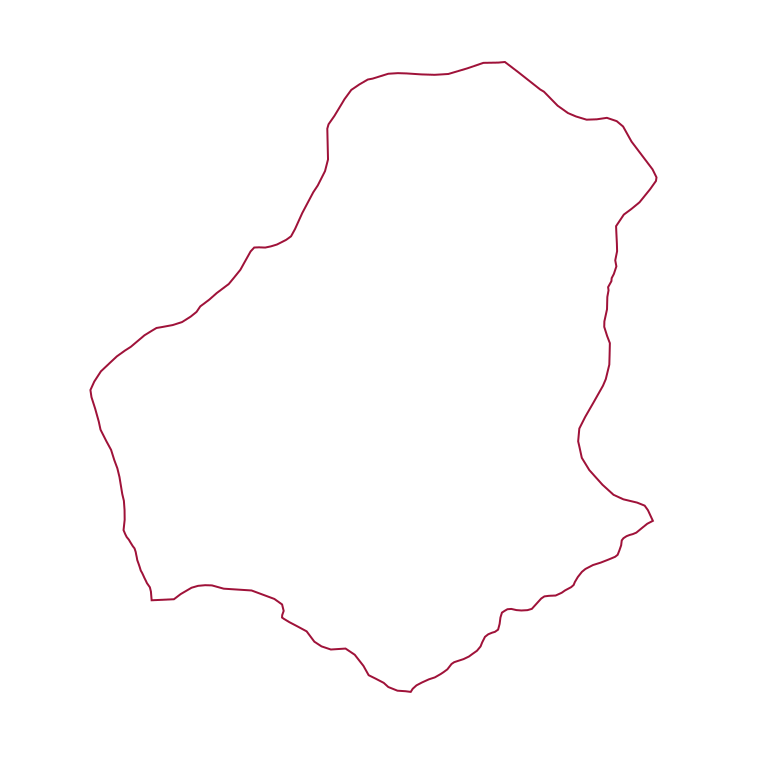 Chaskhar, Mongar, Bhutan, rotated 84°
{"feature_id": "84629894B11723980305793", "entity_name": "Chaskhar", "entity_type": "district", "adm_level": 2, "iso_a3": "BTN", "parent_name": "Bhutan", "parent_adm1": "Mongar", "projection": "natural_earth1", "projection_center": [91.37, 27.254], "detail": "fine", "context": "isolated", "style": "outline", "palette": "rose", "viewbox_px": 768, "rotation_deg": 84, "n_neighbors": 0, "source": "geoboundaries", "source_scale": "gbopen_adm2", "svg_char_len": 3012}
<svg xmlns="http://www.w3.org/2000/svg" viewBox="0 0 768 768"><g transform="rotate(84 384 384)"><path d="M548.2,130.9L537.1,134.7L532.2,137.5L528.4,144.7L523.7,158.0L518.2,167.3L507.0,177.3L491.1,188.8L478.1,195.0L467.1,196.2L461.3,196.9L448.7,194.4L437.7,187.3L424.6,177.8L408.6,166.4L402.3,162.9L388.3,157.9L377.9,156.5L367.0,155.1L359.5,157.1L350.2,159.0L344.8,158.3L333.0,154.4L320.8,152.8L314.3,150.9L311.1,151.0L305.5,147.1L302.5,146.5L298.6,143.9L291.3,140.6L285.2,141.1L276.3,138.3L268.5,137.7L257.7,137.1L251.3,136.7L240.6,127.8L235.8,119.7L230.0,110.9L218.2,99.1L210.5,92.3L207.0,91.4L198.6,94.5L168.8,112.5L152.9,119.3L146.9,125.1L142.6,134.5L143.0,144.7L142.3,154.9L138.0,165.1L133.8,172.7L125.4,182.2L110.0,194.4L107.4,197.9L88.1,217.7L76.4,230.1L76.3,236.8L75.0,251.6L78.8,268.2L82.4,287.6L82.1,294.9L81.8,301.3L80.0,314.5L77.5,329.0L76.3,337.7L75.9,347.3L79.1,363.4L79.5,368.3L83.5,377.2L88.1,385.8L96.7,393.6L100.2,396.2L112.2,405.3L119.9,412.0L124.1,413.7L154.8,416.2L166.1,420.4L179.6,429.1L185.9,434.3L205.4,447.4L220.6,456.3L227.4,461.0L230.4,466.2L234.1,475.9L235.3,482.1L235.9,487.9L235.0,494.1L234.7,498.8L238.2,502.8L249.1,510.5L255.4,514.9L262.8,522.3L268.3,527.9L276.1,540.9L281.8,548.9L287.6,558.6L292.7,562.9L296.7,569.1L301.3,578.4L303.3,588.0L304.2,599.5L304.5,604.4L306.8,609.4L310.5,617.1L316.0,625.2L320.6,632.0L323.7,638.2L328.6,646.8L333.8,653.7L341.8,664.2L351.3,671.9L359.3,676.6L366.5,676.3L378.5,673.8L391.5,671.6L399.8,670.7L412.1,666.0L421.0,662.3L431.4,660.2L440.0,658.0L448.9,656.8L466.1,655.8L473.0,654.9L482.2,655.2L491.9,656.1L502.1,658.3L506.1,657.1L509.3,655.9L512.2,654.0L515.1,652.7L519.0,650.8L521.4,649.3L525.1,648.5L527.7,648.3L530.4,648.0L533.3,647.8L537.8,646.7L540.5,646.1L544.1,645.4L546.6,644.3L548.9,643.5L551.9,642.5L555.1,641.3L557.2,640.6L561.7,638.1L566.1,637.5L574.8,637.7L575.5,625.9L576.1,615.4L571.7,608.2L566.5,596.7L565.3,590.0L565.4,582.9L566.3,576.2L570.8,564.8L575.5,537.3L586.3,515.5L592.6,508.4L599.2,507.5L603.2,509.4L605.6,509.8L607.1,508.1L610.9,503.1L616.1,495.3L621.9,486.8L633.0,480.2L638.4,473.6L642.5,464.6L643.1,449.9L650.2,441.4L662.2,433.9L672.0,429.7L676.1,423.2L681.2,415.5L685.8,411.4L690.4,402.7L691.8,394.7L693.0,389.6L690.1,387.3L687.1,383.2L684.8,377.4L682.4,370.2L681.1,364.1L678.4,358.0L676.8,354.9L674.4,350.8L669.5,346.1L668.0,343.3L667.4,340.6L665.9,333.6L663.9,328.0L661.9,324.6L659.0,319.4L655.1,315.4L651.3,313.4L646.0,310.0L643.8,306.5L642.6,302.4L642.1,299.6L640.2,296.2L634.7,294.1L628.4,292.6L623.7,290.6L622.2,287.7L620.9,284.8L621.0,280.9L622.7,275.9L623.6,271.0L623.9,265.0L623.1,260.5L619.8,256.8L613.8,250.1L612.0,246.7L611.9,242.0L612.3,235.4L610.2,229.1L608.2,225.5L605.6,219.1L603.7,216.4L600.9,214.9L596.2,211.4L591.5,206.8L589.0,203.0L585.9,195.1L584.3,187.2L582.3,179.9L581.4,176.8L580.0,172.2L578.3,169.5L574.1,167.3L569.2,165.0L564.4,163.9L562.4,162.0L560.7,158.7L559.8,155.4L559.3,152.3L558.2,148.6L553.6,141.6L550.5,136.8L548.2,130.9Z" fill="none" stroke="#9f1239" stroke-width="2"/></g></svg>